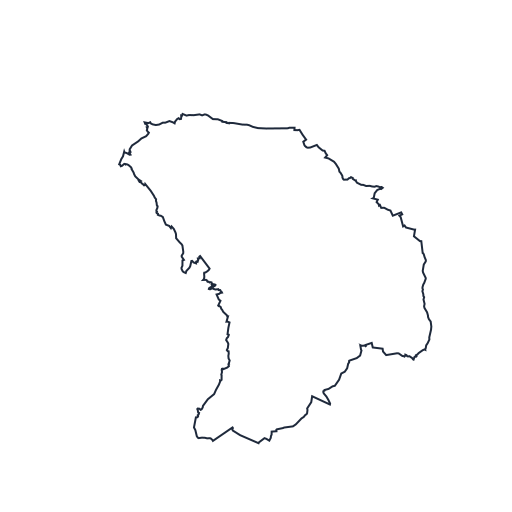 Mugeni, Harghita, Romania (orthographic projection), rotated 327°
{"feature_id": "2599482B85460636832431", "entity_name": "Mugeni", "entity_type": "district", "adm_level": 2, "iso_a3": "ROU", "parent_name": "Romania", "parent_adm1": "Harghita", "projection": "orthographic", "projection_center": [25.181, 46.268], "detail": "fine", "context": "isolated", "style": "outline", "palette": "slate", "viewbox_px": 512, "rotation_deg": 327, "n_neighbors": 0, "source": "geoboundaries", "source_scale": "gbopen_adm2", "svg_char_len": 6126}
<svg xmlns="http://www.w3.org/2000/svg" viewBox="0 0 512 512"><g transform="rotate(327 256 256)"><path d="M346.9,426.9L347.2,426.3L348.2,425.7L350.1,423.6L352.3,422.7L355.9,420.5L357.0,418.6L362.6,413.2L364.6,410.7L366.8,406.1L366.6,403.1L367.1,400.8L367.8,399.6L368.8,396.4L369.0,391.3L369.6,389.7L371.3,388.0L372.8,383.7L374.6,382.1L374.6,380.7L375.5,379.2L376.4,376.1L377.7,375.1L378.0,373.8L378.6,372.9L380.8,371.0L382.4,370.2L386.0,367.5L386.4,366.7L387.1,360.9L387.7,359.3L392.1,354.5L395.4,353.0L396.2,352.0L396.8,348.7L397.6,346.1L397.7,344.9L397.4,344.3L402.7,333.6L401.6,332.8L399.2,325.5L403.8,320.5L402.8,319.8L397.3,313.8L397.2,311.3L395.5,311.3L398.5,302.2L398.2,300.3L401.3,300.7L401.5,298.5L392.7,296.7L393.5,291.1L391.7,288.9L389.8,285.4L387.2,283.8L387.9,279.7L387.2,280.8L386.6,280.8L387.1,279.4L386.5,276.5L388.8,275.1L385.4,271.3L386.4,271.4L389.7,268.0L393.6,266.7L396.5,267.2L397.4,268.0L399.4,267.8L398.9,266.5L397.4,265.8L396.4,264.3L395.0,262.9L393.2,262.5L391.2,260.9L389.6,259.1L386.5,257.3L384.7,254.8L383.0,253.6L380.6,249.5L380.6,247.6L380.9,247.0L380.4,246.8L379.2,244.1L379.2,243.7L379.6,243.3L378.6,241.6L377.2,241.8L376.5,241.4L374.3,241.7L371.2,239.8L371.0,239.1L371.2,237.3L371.9,236.2L372.1,235.4L372.2,232.3L371.9,230.7L373.0,227.8L373.1,222.3L372.8,219.5L370.0,213.7L367.6,211.1L370.6,210.2L370.4,208.0L370.8,205.1L369.4,203.9L369.0,202.9L367.7,198.8L367.5,196.0L360.7,194.6L359.5,194.0L358.1,193.1L357.4,192.1L357.5,191.7L357.0,190.5L357.0,189.3L357.9,185.9L361.4,185.7L361.1,179.8L361.2,173.9L359.2,173.0L356.8,171.3L358.2,169.4L353.8,166.6L352.2,166.2L334.1,154.7L327.3,149.8L323.7,146.0L321.5,142.6L319.9,140.9L316.3,138.5L309.6,132.3L306.1,129.8L305.8,130.1L303.7,128.3L303.5,127.6L303.8,127.4L301.1,125.3L300.8,124.9L301.2,124.4L298.5,120.6L294.4,117.7L292.3,112.0L291.1,110.2L290.1,109.3L287.4,108.7L285.8,106.5L280.5,104.0L276.6,101.3L274.2,100.4L271.8,96.9L270.3,98.0L269.8,97.4L268.8,99.0L267.7,100.2L266.4,99.6L266.2,98.3L264.5,98.2L261.3,99.2L260.0,100.4L259.1,98.6L256.9,95.7L252.6,94.8L250.4,93.4L246.4,93.0L243.3,91.6L241.0,89.3L240.0,87.6L240.1,86.2L238.2,86.0L235.4,83.3L235.1,84.8L235.6,85.0L235.9,86.9L235.8,88.6L235.3,89.0L234.5,88.6L234.2,90.0L232.9,91.1L232.9,92.7L233.3,94.2L232.3,94.8L229.1,95.7L223.9,95.0L219.6,95.7L212.2,95.8L208.2,97.7L207.2,99.1L207.6,99.5L207.4,100.4L206.1,100.2L205.9,102.6L205.2,102.3L203.6,99.2L202.1,97.5L202.3,96.7L198.7,100.0L195.9,101.3L191.2,104.6L191.8,105.6L191.5,107.1L192.6,107.4L195.7,107.0L196.5,107.7L196.5,108.2L197.0,108.2L197.9,109.1L198.6,110.3L199.5,113.5L199.4,114.9L199.0,115.2L198.8,119.4L198.4,120.7L198.1,123.4L199.1,127.7L200.0,129.8L198.7,129.3L198.7,130.6L199.7,131.1L199.7,132.9L200.2,133.8L200.6,135.8L201.6,136.0L202.3,135.3L203.2,144.0L203.2,150.0L202.9,151.8L203.1,154.0L202.1,155.3L201.7,157.0L200.5,159.4L200.6,160.7L200.0,161.1L199.7,161.8L197.4,163.3L196.9,164.2L197.1,164.8L196.2,165.3L196.1,165.9L196.8,167.1L196.1,168.0L197.1,169.5L198.1,170.4L199.1,172.6L198.1,176.8L197.5,180.6L199.6,183.5L199.8,186.3L201.3,185.3L201.8,188.5L201.3,192.4L200.8,194.1L198.7,197.6L199.4,202.9L200.0,205.5L200.0,207.1L197.3,212.9L196.4,214.1L193.9,215.2L193.3,216.1L193.4,220.0L191.9,219.7L189.0,224.1L187.0,225.4L186.5,226.4L186.2,228.8L186.5,230.0L187.8,232.0L189.5,230.6L193.7,229.6L195.3,228.7L199.1,225.0L199.8,225.3L200.1,227.4L201.7,229.5L202.3,228.4L203.1,228.1L203.8,229.1L205.3,227.9L205.9,226.4L207.3,227.2L208.1,225.7L209.1,225.6L210.2,241.3L209.1,241.9L207.0,242.3L204.6,242.3L203.5,241.8L203.0,242.3L201.2,245.5L199.7,247.0L198.6,247.3L201.0,248.7L201.5,249.6L201.3,251.0L201.5,251.4L202.3,251.7L202.6,252.9L203.5,253.1L204.3,253.9L204.0,254.6L204.2,255.2L203.2,255.8L203.2,256.4L204.0,256.8L205.1,256.7L205.9,257.4L206.3,258.1L205.9,258.5L204.8,258.6L202.5,257.6L200.4,257.4L199.0,257.5L198.5,258.0L199.3,258.9L201.2,259.2L202.6,259.9L202.5,260.5L203.7,262.0L206.3,263.3L206.1,264.2L207.4,265.1L207.2,265.7L207.6,267.2L207.5,268.2L205.8,267.5L204.6,267.7L202.0,266.8L201.1,272.2L201.8,274.2L197.3,277.0L197.5,277.8L198.0,278.0L198.6,279.6L198.1,281.3L198.3,282.7L198.1,285.0L199.3,289.9L199.0,291.1L199.6,291.4L195.5,295.0L196.3,295.4L197.6,297.3L193.8,301.1L189.5,306.1L190.3,307.2L190.2,307.4L188.2,308.8L186.8,309.0L185.2,310.2L185.2,313.3L184.9,314.7L182.2,317.9L180.3,319.0L180.4,320.3L181.1,321.0L179.9,323.1L178.4,324.7L177.2,327.0L177.0,329.3L174.7,331.3L174.6,331.8L173.9,331.8L173.3,333.6L171.1,333.9L166.3,333.0L166.6,332.3L166.0,332.1L165.2,332.8L164.3,334.8L162.2,336.7L162.2,337.3L159.7,341.1L158.5,341.3L158.1,340.8L157.6,341.7L154.8,343.7L149.5,346.5L145.7,349.0L137.6,349.9L129.9,352.8L128.8,354.0L127.0,354.9L125.8,354.9L125.4,353.3L124.1,352.2L123.4,352.4L123.3,353.3L122.3,355.7L122.8,356.6L121.6,357.6L120.4,357.8L120.2,358.8L119.8,359.1L119.0,359.3L117.7,358.6L110.6,366.0L110.3,369.0L108.2,374.9L108.3,376.8L108.7,377.5L111.7,378.9L114.1,380.6L115.7,382.3L118.1,383.7L118.7,384.4L119.3,386.8L119.2,387.6L142.9,387.0L142.9,387.7L141.7,388.3L141.5,389.8L145.1,397.6L156.2,414.4L156.9,413.9L163.9,413.4L165.1,415.0L166.6,418.1L169.4,416.5L170.4,415.2L171.8,414.3L173.5,411.8L177.7,414.1L178.3,412.9L179.0,412.7L184.9,415.0L186.2,415.2L194.2,419.0L197.7,418.9L205.7,417.0L208.3,417.0L210.7,416.2L212.2,416.2L213.2,415.7L215.3,413.2L215.9,411.7L222.7,408.7L226.7,404.2L237.1,420.8L237.8,420.1L238.3,416.2L238.5,412.3L238.0,408.2L238.2,407.1L238.8,406.1L240.2,406.2L240.5,405.7L244.5,407.0L249.2,407.0L251.4,407.8L258.3,405.0L263.5,401.0L267.4,401.4L271.3,399.8L274.7,396.5L276.1,396.0L276.9,394.7L277.3,394.6L284.9,396.5L289.1,396.2L293.0,392.7L293.1,391.7L294.6,388.2L295.4,388.6L295.4,388.3L295.8,388.9L298.5,390.4L299.1,392.2L299.0,391.4L299.4,390.3L305.7,391.9L304.1,396.3L311.7,402.7L310.5,405.3L311.2,410.0L321.3,414.4L322.6,415.4L324.3,419.6L325.3,420.4L325.7,421.2L326.9,420.9L327.5,420.1L328.2,421.1L328.2,422.3L328.7,423.0L330.1,423.6L331.4,426.7L331.4,428.2L331.7,428.7L333.9,427.0L334.8,427.1L335.3,427.6L336.0,427.5L336.2,426.9L335.8,426.5L336.0,426.3L337.7,426.5L339.5,426.0L344.5,425.8L346.4,426.1L346.9,426.9Z" fill="none" stroke="#1e293b" stroke-width="2"/></g></svg>